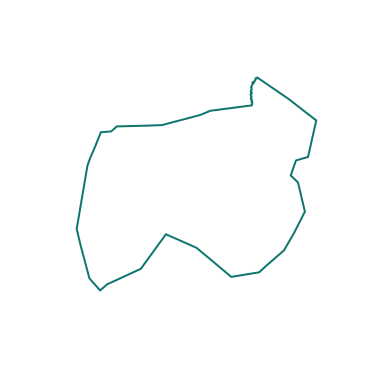 the district of Saixan-Ovoo, Dundgovi, Mongolia, rotated 211°
{"feature_id": "93677404B35030866925592", "entity_name": "Saixan-Ovoo", "entity_type": "district", "adm_level": 2, "iso_a3": "MNG", "parent_name": "Mongolia", "parent_adm1": "Dundgovi", "projection": "albers", "projection_center": [104.099, 45.572], "detail": "fine", "context": "isolated", "style": "outline", "palette": "teal", "viewbox_px": 384, "rotation_deg": 211, "n_neighbors": 0, "source": "geoboundaries", "source_scale": "gbopen_adm2", "svg_char_len": 2135}
<svg xmlns="http://www.w3.org/2000/svg" viewBox="0 0 384 384"><g transform="rotate(211 192 192)"><path d="M106.1,254.8L115.9,257.0L119.1,272.5L117.9,273.9L110.6,281.8L122.3,317.3L157.1,321.5L190.6,323.5L194.9,323.7L194.9,323.4L194.9,323.1L194.9,322.9L195.0,322.8L195.2,322.7L195.5,322.6L195.8,322.5L195.9,322.3L195.8,322.2L195.7,321.9L195.7,321.7L195.7,321.4L195.5,321.2L195.4,321.1L195.4,320.9L195.4,320.6L195.5,320.3L195.5,320.0L195.5,319.9L195.4,319.7L195.3,319.3L195.3,319.1L195.4,318.9L195.5,318.7L195.7,318.4L195.8,318.3L195.9,318.1L196.1,317.9L196.3,317.8L196.4,317.7L196.5,317.5L196.5,317.4L196.5,317.2L196.3,317.1L196.1,317.1L195.8,317.1L195.5,317.1L195.3,317.1L195.2,316.9L195.3,316.7L195.6,316.3L195.8,316.2L195.9,315.8L195.8,315.5L195.7,315.3L195.6,315.0L195.5,314.7L195.5,314.1L195.5,313.7L195.4,313.1L195.4,312.6L195.3,312.4L195.2,312.2L194.9,312.2L194.6,312.0L194.5,311.8L194.3,311.5L194.1,311.3L194.0,311.2L193.9,311.0L193.9,310.7L194.0,310.4L194.0,310.2L193.8,310.0L193.6,309.9L193.3,309.7L193.3,309.4L193.3,309.0L193.4,308.8L193.5,308.6L193.5,308.4L193.3,308.3L193.2,308.2L192.9,308.2L192.7,308.1L192.6,307.7L192.3,307.4L192.2,307.5L191.9,307.7L191.7,307.7L191.5,307.4L191.5,307.1L191.6,306.9L191.7,306.7L192.0,306.4L192.1,306.1L192.0,305.9L191.5,305.4L191.2,305.1L190.6,304.9L190.2,304.5L190.1,304.2L190.3,303.8L190.3,303.6L190.1,303.5L189.8,303.5L189.6,303.3L189.5,303.1L189.4,302.8L189.4,302.4L189.4,302.0L189.3,301.9L189.1,301.9L188.9,301.9L188.7,301.9L188.4,301.8L188.2,301.8L187.9,301.6L187.7,301.4L187.6,301.2L187.6,300.9L187.6,300.5L187.5,300.1L187.4,300.0L187.1,300.0L186.9,300.0L186.7,300.0L186.6,299.9L186.5,299.7L186.4,299.4L186.4,299.1L186.2,299.0L186.0,298.9L185.8,298.7L185.7,298.3L185.5,297.7L185.4,297.2L185.4,296.9L186.2,296.4L218.2,271.0L224.6,262.3L252.2,233.9L263.2,226.7L290.2,209.5L292.5,202.3L300.9,196.3L298.4,180.8L296.7,168.2L295.1,160.5L271.8,100.9L259.4,88.3L235.4,65.1L220.1,60.3L217.1,69.3L196.3,99.8L192.6,142.3L159.3,146.5L114.6,139.5L112.2,141.5L99.9,152.0L93.1,157.7L90.6,166.3L83.1,189.4L83.4,208.9L85.1,233.3L106.1,254.8Z" fill="none" stroke="#0f766e" stroke-width="2"/></g></svg>